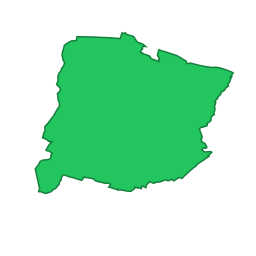 Priboieni, Arges, Romania (orthographic projection), rotated 19°
{"feature_id": "2599482B44265278220237", "entity_name": "Priboieni", "entity_type": "district", "adm_level": 2, "iso_a3": "ROU", "parent_name": "Romania", "parent_adm1": "Arges", "projection": "orthographic", "projection_center": [25.081, 44.876], "detail": "fine", "context": "isolated", "style": "filled", "palette": "green", "viewbox_px": 256, "rotation_deg": 19, "n_neighbors": 0, "source": "geoboundaries", "source_scale": "gbopen_adm2", "svg_char_len": 5699}
<svg xmlns="http://www.w3.org/2000/svg" viewBox="0 0 256 256"><g transform="rotate(19 128 128)"><path d="M194.4,158.1L195.4,158.0L195.4,157.9L195.9,157.3L196.4,156.0L197.1,154.6L198.1,152.9L198.8,151.5L199.7,150.0L200.4,148.5L201.4,146.9L202.3,145.2L203.3,143.6L204.3,142.2L205.1,141.1L205.1,140.0L206.0,138.9L206.9,137.6L207.9,136.3L208.8,135.0L209.9,133.9L210.7,132.6L211.4,131.5L212.3,130.5L213.2,129.0L213.9,128.4L213.7,128.3L212.7,127.9L213.9,126.2L214.7,124.6L215.1,123.7L214.2,123.3L213.5,123.6L213.2,123.7L212.9,123.8L209.2,125.4L208.0,125.7L206.6,125.2L204.8,124.6L205.5,123.4L205.7,122.4L206.4,122.2L208.1,121.8L208.9,121.0L208.5,120.2L208.1,119.6L207.3,118.9L206.8,118.2L205.5,117.7L204.3,117.2L203.0,117.3L202.2,117.2L202.0,116.3L201.4,115.4L201.1,115.3L200.7,114.5L200.8,113.8L201.2,113.5L200.8,111.9L196.0,105.9L195.9,105.9L196.0,105.2L196.3,104.4L196.8,103.7L197.5,103.4L197.9,103.1L198.7,102.8L199.1,102.1L199.4,101.6L200.3,101.4L200.9,101.3L201.5,100.6L202.0,100.1L202.0,99.6L202.0,99.1L201.5,98.4L201.1,98.1L201.9,97.1L202.8,96.1L203.6,94.5L204.0,93.7L203.2,91.4L203.9,88.3L205.3,87.3L204.3,85.9L204.2,84.8L204.4,83.6L204.0,81.8L202.4,78.2L202.4,77.3L202.8,77.2L202.6,75.1L202.4,75.1L201.8,75.1L201.5,74.4L201.8,73.2L202.2,72.6L202.5,71.7L203.2,71.1L202.7,70.0L204.8,65.6L204.1,64.2L206.0,62.2L207.2,60.2L207.2,59.0L207.6,58.0L208.6,56.5L209.3,55.5L208.2,54.5L209.0,51.9L209.0,51.2L209.2,50.1L209.1,47.8L208.4,47.2L209.0,46.9L208.2,46.0L209.4,45.6L208.8,44.1L209.5,41.7L208.0,41.4L204.4,41.2L203.0,41.1L199.9,41.1L199.5,41.1L196.2,41.2L194.9,41.3L194.4,41.4L193.1,41.7L191.7,41.8L190.2,42.3L187.7,43.5L183.8,44.2L181.1,44.7L178.3,45.1L174.6,45.6L172.1,45.8L166.0,46.3L165.4,46.5L162.8,48.0L161.0,45.7L159.0,45.4L152.0,43.8L147.3,43.7L139.9,43.8L138.1,43.8L134.4,44.1L131.9,43.8L131.8,46.7L132.0,47.9L132.0,49.3L132.6,50.2L133.5,50.8L134.5,51.4L134.9,51.9L135.0,52.4L134.8,53.1L134.9,53.8L135.2,54.3L135.6,55.0L130.7,55.0L129.8,55.0L129.2,54.9L127.8,55.0L126.8,54.4L125.7,53.7L125.8,53.5L124.5,52.8L124.2,53.1L122.4,52.8L121.0,52.8L120.2,52.9L119.1,52.9L117.7,52.8L117.7,52.5L116.3,52.4L116.2,52.8L115.4,52.5L115.2,52.2L115.0,51.5L115.0,51.1L115.1,50.9L115.5,50.2L115.6,49.7L115.3,48.7L115.8,48.5L116.0,48.2L115.4,46.9L115.4,46.4L115.8,46.0L117.1,45.4L118.1,45.2L115.1,44.0L112.8,43.8L111.3,43.6L110.5,43.8L109.7,43.9L109.0,43.7L106.5,42.1L106.1,41.7L104.6,40.6L103.7,39.8L102.2,39.6L100.4,39.8L97.0,39.9L95.5,39.8L94.3,38.8L93.9,39.4L93.4,40.0L91.4,40.0L91.5,46.0L81.0,48.7L61.7,54.5L50.0,58.3L50.6,62.2L46.5,63.9L45.2,65.0L44.3,66.0L41.6,69.4L41.2,70.3L40.9,71.1L40.9,71.5L41.0,72.0L41.2,73.5L41.3,75.3L41.3,76.8L41.5,78.1L41.5,78.3L41.5,78.9L41.6,79.8L41.9,80.6L42.0,80.8L42.2,81.2L43.1,82.5L43.5,83.0L43.9,84.1L44.5,84.8L46.4,86.5L46.7,86.8L46.8,88.0L46.8,88.3L46.9,89.4L46.9,90.3L46.4,91.4L45.8,94.0L46.0,94.7L46.0,95.6L46.0,95.8L45.4,97.5L44.8,98.8L44.9,101.7L45.1,102.7L45.6,103.8L46.4,106.3L46.4,110.1L46.6,110.3L50.1,111.9L51.0,112.6L51.9,114.3L51.4,114.9L51.4,116.5L50.5,117.0L50.0,118.5L51.0,120.0L51.7,121.6L52.1,122.9L53.4,125.1L55.3,127.0L55.5,128.0L56.0,130.1L55.1,133.1L54.5,136.2L53.4,141.8L52.6,143.6L51.2,148.1L50.5,150.3L50.0,151.3L49.5,152.2L49.1,153.3L49.0,154.0L49.3,155.0L50.4,157.0L50.4,157.7L50.1,158.9L50.1,160.3L50.5,165.2L53.1,165.2L52.9,165.2L54.1,165.2L54.8,165.3L55.1,165.4L55.3,165.5L56.0,166.0L58.4,166.5L58.5,165.8L60.8,166.0L59.6,167.6L59.4,168.2L58.5,170.6L58.2,173.6L57.5,175.1L58.0,175.9L59.9,175.8L61.3,175.4L62.0,175.6L62.7,176.2L64.1,176.2L64.3,178.3L63.9,179.2L64.6,180.3L64.7,181.5L64.4,182.6L62.3,184.1L58.1,186.0L55.8,188.1L55.5,191.1L54.3,194.9L53.6,196.6L54.4,198.2L56.6,201.8L59.9,207.0L60.6,208.4L63.0,212.3L64.6,215.1L64.4,215.2L64.3,215.8L64.0,216.4L64.1,217.2L65.5,217.0L66.2,216.7L66.5,216.5L67.6,216.6L68.0,216.8L68.9,216.7L69.4,216.6L69.9,216.8L70.6,216.8L71.7,216.5L72.4,215.9L73.0,215.7L73.5,215.2L74.3,214.5L75.2,214.1L75.5,213.6L76.1,212.8L76.3,212.3L76.8,212.0L76.9,211.2L77.4,210.6L78.3,209.8L79.0,208.9L79.3,208.6L79.8,207.6L79.8,206.7L80.1,205.6L80.3,205.1L80.9,204.9L81.1,204.7L81.0,204.4L81.0,203.8L81.0,202.4L80.9,201.6L80.9,200.5L81.2,200.0L81.6,199.3L81.5,199.1L81.4,198.4L81.6,198.2L81.1,197.1L81.3,195.8L81.7,195.1L81.7,194.4L81.8,194.0L82.2,193.2L85.6,193.2L88.2,193.3L89.0,193.2L91.7,192.8L95.7,192.8L101.2,192.6L102.1,190.1L102.1,188.8L103.3,188.7L104.6,188.5L104.9,188.5L105.4,188.3L105.8,188.1L106.4,187.9L106.6,187.8L106.8,187.9L107.1,188.0L108.2,187.7L108.7,187.7L110.2,187.4L111.4,187.4L111.9,187.5L113.3,188.0L113.8,188.1L114.9,188.6L115.8,188.5L116.4,188.4L117.0,188.4L117.5,188.3L117.9,188.5L118.5,188.5L119.1,188.0L120.9,188.0L122.1,187.9L123.5,187.8L125.0,187.5L126.7,186.7L127.3,186.6L127.6,186.5L128.8,186.7L129.6,187.0L129.9,187.0L130.0,187.1L130.1,187.3L129.6,188.0L129.3,188.8L129.2,189.4L129.1,190.2L129.4,190.1L130.8,190.0L132.4,189.9L133.0,189.9L134.6,189.9L136.8,189.8L138.9,189.9L138.7,189.2L139.0,189.2L140.7,189.0L142.6,188.7L143.8,188.5L146.6,188.1L147.2,188.0L149.1,187.6L151.4,186.9L152.6,184.8L153.1,184.5L153.5,184.1L154.0,182.9L153.9,182.1L153.8,181.9L153.7,181.6L156.8,181.6L156.8,181.0L160.4,181.0L160.1,178.0L161.1,178.1L162.2,178.3L164.4,178.6L163.9,175.9L165.0,173.8L165.7,172.6L165.8,172.4L165.9,172.1L165.9,171.8L167.2,171.8L168.0,171.9L169.3,171.9L169.7,171.9L170.4,171.8L170.5,171.7L171.4,170.8L171.6,170.7L173.2,169.7L174.6,169.1L176.1,168.4L178.2,166.5L178.9,166.1L179.4,165.5L180.0,165.1L181.1,164.8L182.0,164.9L183.0,164.9L184.4,163.9L185.3,163.2L186.2,162.1L186.7,162.2L187.6,162.9L188.1,163.1L188.7,162.9L189.3,162.4L189.6,161.4L191.0,160.1L191.4,159.6L191.7,158.8L191.8,158.5L192.3,158.2L194.4,158.1Z" fill="#22c55e" stroke="#15803d" stroke-width="1.5"/></g></svg>